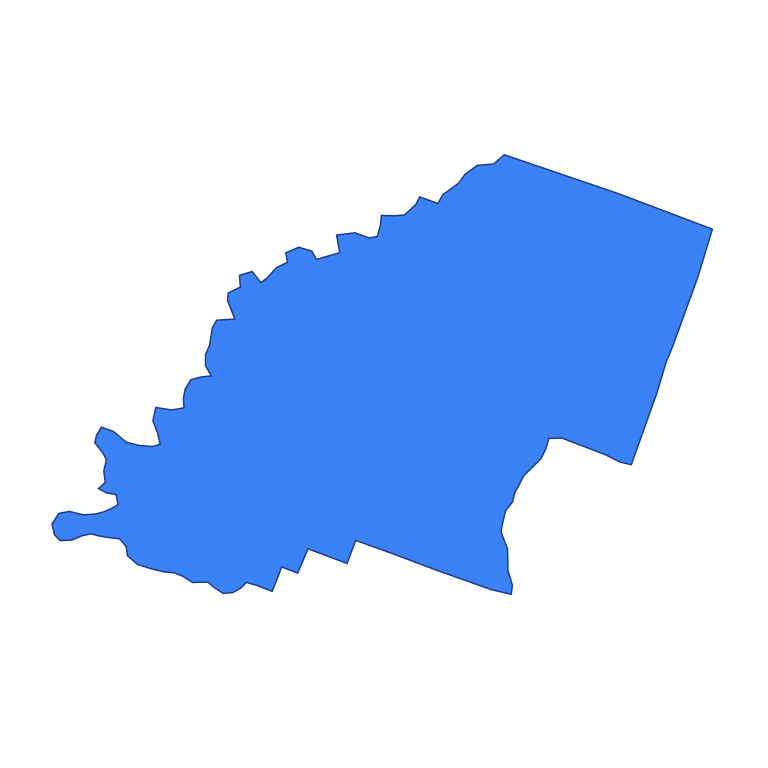 outline of Cândido Godói, Rio Grande do Sul, Brazil, rotated 291°
{"feature_id": "56859067B20748730789342", "entity_name": "Cândido Godói", "entity_type": "district", "adm_level": 2, "iso_a3": "BRA", "parent_name": "Brazil", "parent_adm1": "Rio Grande do Sul", "projection": "natural_earth1", "projection_center": [-54.75, -27.926], "detail": "fine", "context": "isolated", "style": "filled", "palette": "blue", "viewbox_px": 768, "rotation_deg": 291, "n_neighbors": 0, "source": "geoboundaries", "source_scale": "gbopen_adm2", "svg_char_len": 1791}
<svg xmlns="http://www.w3.org/2000/svg" viewBox="0 0 768 768"><g transform="rotate(291 384 384)"><path d="M395.7,632.2L397.3,643.8L472.3,642.0L497.2,640.2L506.0,639.6L522.4,640.0L595.7,638.7L646.2,635.1L645.7,535.0L641.1,414.1L628.7,407.6L621.6,392.8L608.9,384.5L598.5,381.8L591.6,377.5L581.8,371.0L571.8,369.7L571.5,350.3L563.0,349.4L549.1,342.5L544.9,333.7L540.5,321.2L530.5,323.9L519.3,324.8L515.1,318.0L514.7,302.6L506.0,286.4L490.7,295.6L476.2,276.3L482.2,268.9L481.1,255.4L471.2,245.3L463.1,250.3L454.3,242.0L441.3,237.0L434.5,232.7L441.8,220.7L433.7,210.1L423.0,215.2L413.3,206.0L406.1,207.8L391.2,221.5L383.6,204.9L375.4,203.6L358.0,207.2L347.2,206.9L337.2,210.8L329.6,219.8L324.9,210.5L318.8,202.2L308.2,200.2L298.9,201.8L290.1,205.8L283.7,195.3L280.3,179.4L266.9,181.4L256.9,190.4L247.6,196.6L242.7,190.4L238.8,177.1L237.3,164.3L242.7,148.4L242.4,135.6L233.2,134.0L225.5,135.1L219.3,145.7L213.9,152.0L202.6,153.5L192.1,159.1L184.1,154.9L182.9,164.3L184.8,173.5L176.0,178.9L169.9,174.0L164.3,168.3L159.3,161.4L154.0,149.9L152.3,136.0L146.7,126.8L134.3,124.2L125.2,130.4L121.8,137.8L126.4,148.4L134.4,156.9L139.1,164.1L140.1,172.9L142.3,183.2L144.7,192.8L139.7,201.6L131.8,206.0L127.1,218.8L128.2,234.1L129.8,246.2L132.5,255.7L132.5,264.2L130.1,276.3L135.9,290.6L133.0,298.9L130.9,309.0L135.2,317.8L142.1,323.4L149.4,326.6L150.4,337.3L150.4,353.9L168.0,354.1L176.5,353.9L176.5,371.2L202.9,372.1L203.2,413.8L227.8,413.6L228.6,447.5L229.0,500.4L230.5,558.1L233.2,578.1L242.0,576.1L254.2,566.6L261.4,563.7L267.9,561.0L274.5,558.3L280.9,552.5L287.9,546.2L297.9,544.4L309.4,542.9L319.7,546.2L329.9,545.1L337.5,546.2L348.7,547.4L360.9,553.0L370.8,557.4L381.7,558.3L392.3,557.4L397.3,569.8L397.3,596.5L397.3,616.5L395.7,632.2Z" fill="#3b82f6" stroke="#1e3a8a" stroke-width="1.5"/></g></svg>